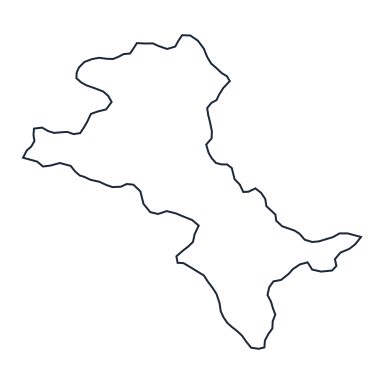 Bela Vista de Minas, Minas Gerais, Brazil (Mercator projection)
{"feature_id": "56859067B3300514991287", "entity_name": "Bela Vista de Minas", "entity_type": "district", "adm_level": 2, "iso_a3": "BRA", "parent_name": "Brazil", "parent_adm1": "Minas Gerais", "projection": "mercator", "projection_center": [-43.103, -19.806], "detail": "fine", "context": "isolated", "style": "outline", "palette": "slate", "viewbox_px": 384, "rotation_deg": 0, "n_neighbors": 0, "source": "geoboundaries", "source_scale": "gbopen_adm2", "svg_char_len": 2034}
<svg xmlns="http://www.w3.org/2000/svg" viewBox="0 0 384 384"><path d="M361.0,237.0L347.6,233.4L339.5,233.4L333.0,237.1L326.0,239.2L318.8,241.4L312.2,242.0L304.7,239.7L299.5,233.7L294.6,230.6L289.2,228.7L282.2,226.3L276.2,220.7L275.4,214.6L271.3,210.7L266.4,206.2L265.3,199.1L261.2,192.9L255.4,188.4L248.5,191.7L243.3,192.0L239.8,184.6L234.6,179.2L231.8,168.1L227.2,164.5L221.4,164.4L216.0,163.0L211.8,158.3L208.7,153.1L206.2,144.6L211.6,138.4L211.9,131.3L210.1,122.7L208.1,114.5L207.2,108.1L211.3,102.9L216.5,100.1L219.1,94.6L223.2,88.1L229.8,81.1L226.9,76.2L221.7,73.1L215.9,67.6L211.3,63.7L207.2,57.0L203.8,48.6L198.0,40.8L190.3,35.5L182.2,35.2L178.5,40.6L175.3,46.5L167.2,49.0L158.3,45.9L152.9,43.4L144.8,43.5L136.9,43.1L133.4,48.6L130.1,53.5L123.7,54.1L118.2,56.9L113.0,59.0L107.0,58.8L99.0,57.8L92.0,59.1L84.5,61.9L79.0,67.4L76.7,72.5L76.4,78.1L81.0,82.3L86.6,85.4L94.4,88.1L103.2,91.5L108.2,95.9L111.6,102.0L106.1,109.4L97.7,111.5L90.9,113.9L87.2,121.8L84.2,127.0L80.2,133.1L73.6,134.1L67.3,131.9L61.1,132.3L54.0,132.9L48.0,131.0L42.1,127.6L34.0,128.6L33.5,135.0L34.4,141.1L31.2,146.6L26.9,150.3L23.0,157.7L31.8,160.1L37.2,161.6L43.0,166.5L50.4,165.6L59.8,163.0L70.7,165.9L74.9,171.2L79.6,175.4L84.6,177.0L90.5,179.8L99.5,181.8L106.1,184.9L112.4,187.1L120.9,186.7L126.8,184.0L133.5,184.7L140.4,191.4L143.5,203.9L150.2,212.1L158.0,214.0L166.7,211.1L175.9,213.4L184.8,217.1L192.3,220.1L198.7,225.6L194.6,234.3L193.0,241.9L188.6,246.2L182.7,250.8L176.4,256.3L177.6,262.8L183.4,263.1L188.6,266.1L196.7,271.1L203.8,275.4L207.9,281.7L212.5,287.8L216.5,294.0L219.5,302.9L220.8,311.5L223.5,317.3L227.4,323.0L231.8,326.9L236.8,330.8L242.1,335.7L246.2,341.6L251.1,347.7L258.7,348.8L264.4,347.4L264.9,340.6L268.4,333.9L272.4,328.4L272.7,321.3L275.3,314.6L273.0,308.5L271.0,301.7L267.5,295.0L269.2,287.3L273.4,281.4L281.1,279.9L288.9,273.7L292.7,269.2L300.1,264.3L307.6,262.4L312.2,269.6L321.2,271.6L332.1,270.5L336.4,265.9L334.9,259.2L340.4,252.6L349.1,249.0L355.1,244.4L361.0,237.0Z" fill="none" stroke="#1e293b" stroke-width="2"/></svg>